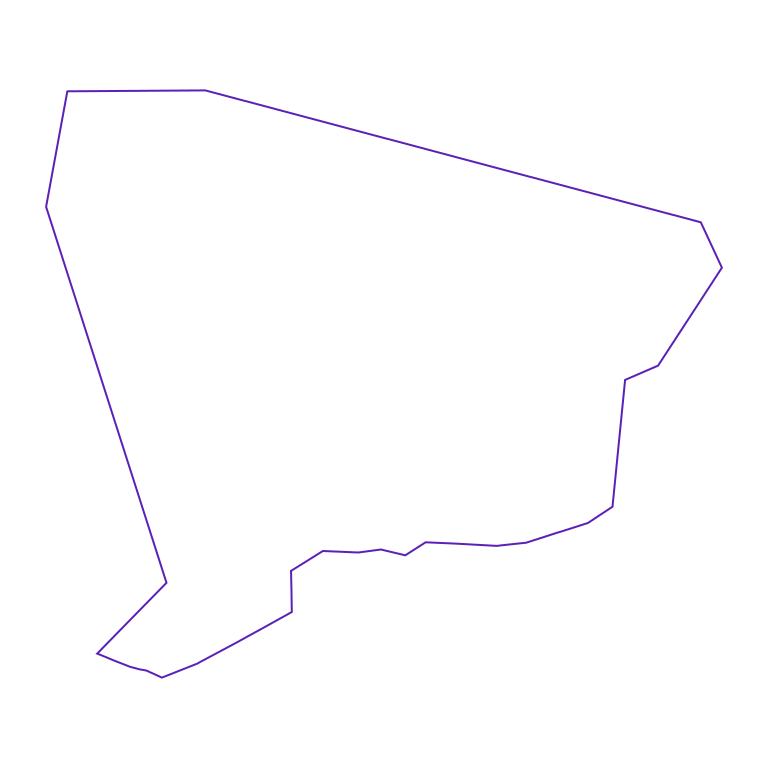 Mourtcha, Ennedi, Chad (Natural Earth projection)
{"feature_id": "50815135B12013942151217", "entity_name": "Mourtcha", "entity_type": "district", "adm_level": 2, "iso_a3": "TCD", "parent_name": "Chad", "parent_adm1": "Ennedi", "projection": "natural_earth1", "projection_center": [21.235, 16.282], "detail": "fine", "context": "isolated", "style": "outline", "palette": "violet", "viewbox_px": 768, "rotation_deg": 0, "n_neighbors": 0, "source": "geoboundaries", "source_scale": "gbopen_adm2", "svg_char_len": 731}
<svg xmlns="http://www.w3.org/2000/svg" viewBox="0 0 768 768"><path d="M97.2,653.6L100.5,654.9L113.7,660.4L130.1,666.8L139.8,669.4L145.6,670.4L146.3,670.5L146.7,670.7L161.9,677.6L197.1,663.7L201.6,661.2L236.1,642.8L250.4,634.9L260.3,629.5L291.8,612.0L291.5,592.2L291.1,573.5L291.0,570.9L318.4,553.8L322.9,551.0L358.4,552.5L380.9,549.5L399.8,554.0L405.3,555.3L414.4,549.5L425.6,542.3L455.5,543.6L497.0,545.9L500.8,545.4L526.2,542.7L556.9,532.8L561.3,531.5L584.7,524.0L585.7,523.7L587.9,523.0L600.4,514.7L600.9,514.4L612.5,506.7L625.1,379.9L658.1,365.6L721.9,267.7L702.1,225.1L700.8,222.3L205.3,90.4L67.4,91.3L67.3,91.5L46.1,206.8L105.5,392.3L166.5,582.8L127.3,622.8L97.2,653.6Z" fill="none" stroke="#5b21b6" stroke-width="2"/></svg>